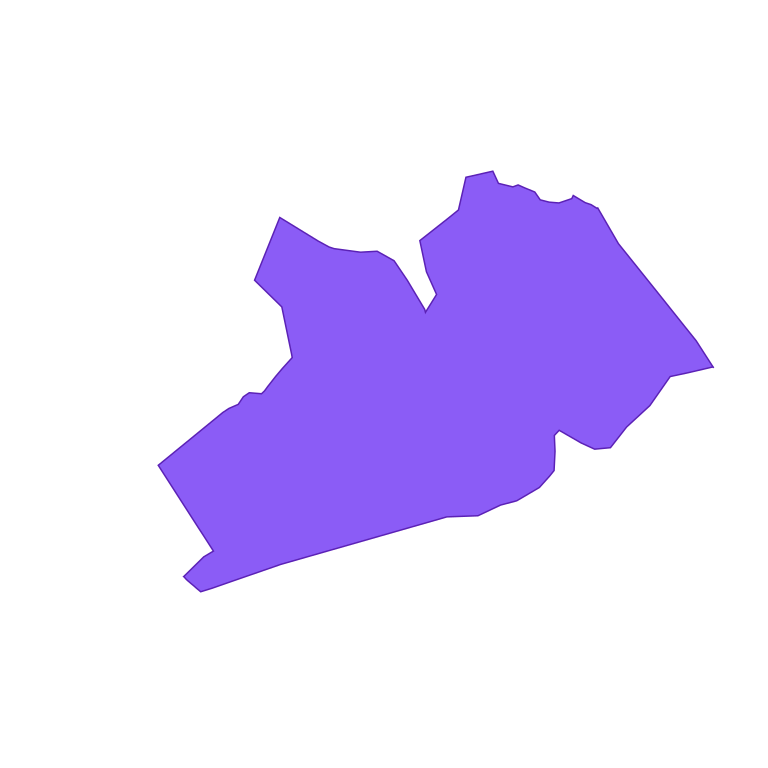 Melit, North Darfur, Sudan (Equal Earth projection), rotated 141°
{"feature_id": "16777658B8925741103615", "entity_name": "Melit", "entity_type": "district", "adm_level": 2, "iso_a3": "SDN", "parent_name": "Sudan", "parent_adm1": "North Darfur", "projection": "equal_earth", "projection_center": [26.262, 14.2], "detail": "fine", "context": "isolated", "style": "filled", "palette": "violet", "viewbox_px": 768, "rotation_deg": 141, "n_neighbors": 0, "source": "geoboundaries", "source_scale": "gbopen_adm2", "svg_char_len": 1311}
<svg xmlns="http://www.w3.org/2000/svg" viewBox="0 0 768 768"><g transform="rotate(141 384 384)"><path d="M360.2,579.0L419.3,546.1L414.9,508.2L437.1,465.2L438.7,462.3L453.3,460.0L463.3,458.1L476.0,455.2L481.3,453.8L485.3,453.5L494.2,462.0L501.3,462.6L510.1,459.9L519.9,462.6L527.2,463.3L562.6,463.1L585.7,463.0L610.6,462.9L618.7,389.3L619.8,378.6L621.7,361.5L632.8,363.1L660.7,360.4L660.9,360.4L660.7,359.5L660.7,359.3L660.7,358.5L660.6,356.5L660.2,353.9L660.0,353.0L659.5,350.1L659.4,349.7L658.9,347.2L658.5,344.9L658.5,344.7L658.0,342.0L657.7,340.6L657.2,337.9L646.2,333.5L625.6,326.1L577.8,308.8L418.8,241.2L393.9,222.5L369.7,216.6L354.3,209.7L328.3,205.8L313.3,208.2L306.3,209.7L293.5,224.0L284.0,236.8L277.0,237.8L267.9,214.1L261.3,200.8L248.1,192.0L222.5,197.9L191.0,199.9L156.9,209.7L140.4,201.3L117.5,190.2L117.7,189.0L114.2,221.1L114.1,239.6L113.8,280.6L113.5,345.5L107.1,386.3L107.9,386.4L110.2,393.1L113.5,398.3L118.3,411.4L121.4,409.9L134.1,414.6L141.2,421.4L146.7,428.8L146.0,438.3L151.2,447.8L154.5,454.3L159.8,456.1L168.8,467.9L165.5,480.9L190.2,493.1L216.6,472.4L229.6,472.4L265.9,472.9L280.4,444.5L286.8,420.5L306.7,413.6L305.4,416.4L300.6,450.1L298.6,473.4L305.8,491.5L319.3,501.2L337.6,520.6L340.5,525.1L345.3,536.8L360.2,579.0Z" fill="#8b5cf6" stroke="#5b21b6" stroke-width="1.5"/></g></svg>